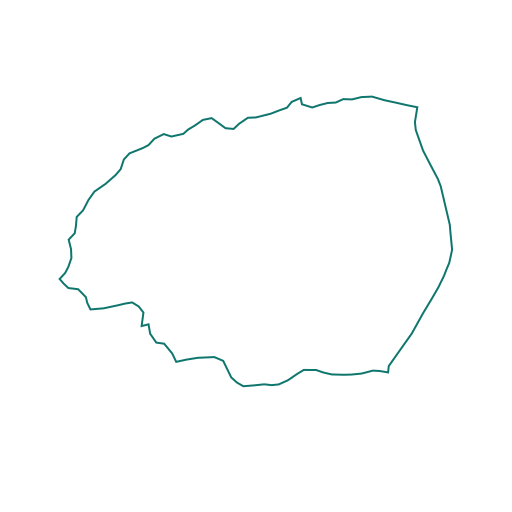 Mira Estrela, São Paulo, Brazil, rotated 76°
{"feature_id": "56859067B40110594007998", "entity_name": "Mira Estrela", "entity_type": "district", "adm_level": 2, "iso_a3": "BRA", "parent_name": "Brazil", "parent_adm1": "São Paulo", "projection": "robinson", "projection_center": [-50.128, -19.961], "detail": "fine", "context": "isolated", "style": "outline", "palette": "teal", "viewbox_px": 512, "rotation_deg": 76, "n_neighbors": 0, "source": "geoboundaries", "source_scale": "gbopen_adm2", "svg_char_len": 1490}
<svg xmlns="http://www.w3.org/2000/svg" viewBox="0 0 512 512"><g transform="rotate(76 256 256)"><path d="M150.7,63.5L146.0,73.4L140.7,83.9L135.9,93.7L129.4,104.9L127.3,115.4L127.3,124.9L124.9,133.4L126.4,141.5L124.9,149.3L124.9,157.4L125.5,165.5L119.9,174.7L113.5,174.5L115.1,184.1L119.6,190.1L120.3,197.8L121.5,207.3L121.5,222.8L119.9,230.4L123.6,240.4L127.3,247.0L124.6,254.7L118.2,260.0L111.5,265.7L111.1,274.6L114.7,284.0L116.9,291.3L119.9,297.0L119.6,309.2L115.4,316.0L117.6,326.2L122.4,333.5L123.9,339.9L125.8,353.9L130.4,360.9L139.0,366.3L143.5,372.7L149.6,384.5L154.4,397.2L161.1,405.0L169.8,412.7L174.7,420.5L183.7,423.6L190.1,426.4L194.8,433.8L204.5,433.8L213.3,435.6L221.3,440.8L226.3,445.3L230.8,452.1L236.3,449.3L241.7,445.8L245.2,436.6L254.8,431.0L260.4,431.1L267.8,429.6L269.9,416.6L270.4,402.2L270.5,394.4L271.1,387.4L276.6,382.0L283.6,378.9L296.3,383.9L296.3,376.8L305.8,377.5L315.9,373.7L318.9,366.3L330.3,360.9L339.4,359.0L339.7,348.7L340.7,337.1L344.0,320.9L349.8,313.2L367.8,309.4L374.2,305.1L379.3,299.8L381.0,289.6L382.5,279.1L385.1,272.0L386.1,265.0L384.3,255.1L380.4,244.6L378.1,237.2L381.2,225.2L385.3,218.9L389.2,211.3L392.5,199.5L394.1,192.2L395.6,182.1L395.5,170.3L397.4,164.1L400.9,156.0L394.9,153.8L377.9,134.1L369.0,123.7L352.2,108.0L340.3,96.1L330.6,86.7L320.6,78.3L315.9,75.0L309.3,70.1L297.4,64.2L279.9,61.6L272.5,60.4L232.9,59.9L225.2,60.9L209.0,64.9L194.1,68.4L172.4,70.5L164.5,69.4L150.7,63.5Z" fill="none" stroke="#0f766e" stroke-width="2"/></g></svg>